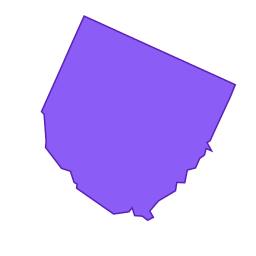 outline of Franklin, Tennessee, United States of America, rotated 204°
{"feature_id": "52423323B14887916577192", "entity_name": "Franklin", "entity_type": "district", "adm_level": 2, "iso_a3": "USA", "parent_name": "United States of America", "parent_adm1": "Tennessee", "projection": "natural_earth1", "projection_center": [-86.154, 35.175], "detail": "fine", "context": "isolated", "style": "filled", "palette": "violet", "viewbox_px": 256, "rotation_deg": 204, "n_neighbors": 0, "source": "geoboundaries", "source_scale": "gbopen_adm2", "svg_char_len": 585}
<svg xmlns="http://www.w3.org/2000/svg" viewBox="0 0 256 256"><g transform="rotate(204 128 128)"><path d="M195.4,76.7L172.3,64.1L163.0,65.1L155.2,56.4L151.6,56.0L150.5,52.1L106.2,43.6L93.1,51.8L91.8,56.8L86.3,50.7L79.0,53.3L72.6,51.7L68.5,56.7L74.3,61.0L70.6,73.7L59.1,90.0L61.3,98.1L53.9,101.1L56.7,113.7L50.1,119.0L50.1,129.4L47.2,134.4L48.3,141.0L42.3,141.1L49.8,146.8L47.8,149.9L47.8,157.1L47.2,198.6L47.6,211.1L50.3,211.2L141.4,211.8L213.6,212.4L213.7,180.7L213.6,152.7L213.7,107.8L210.2,106.4L197.4,82.6L195.4,76.7Z" fill="#8b5cf6" stroke="#5b21b6" stroke-width="1.5"/></g></svg>